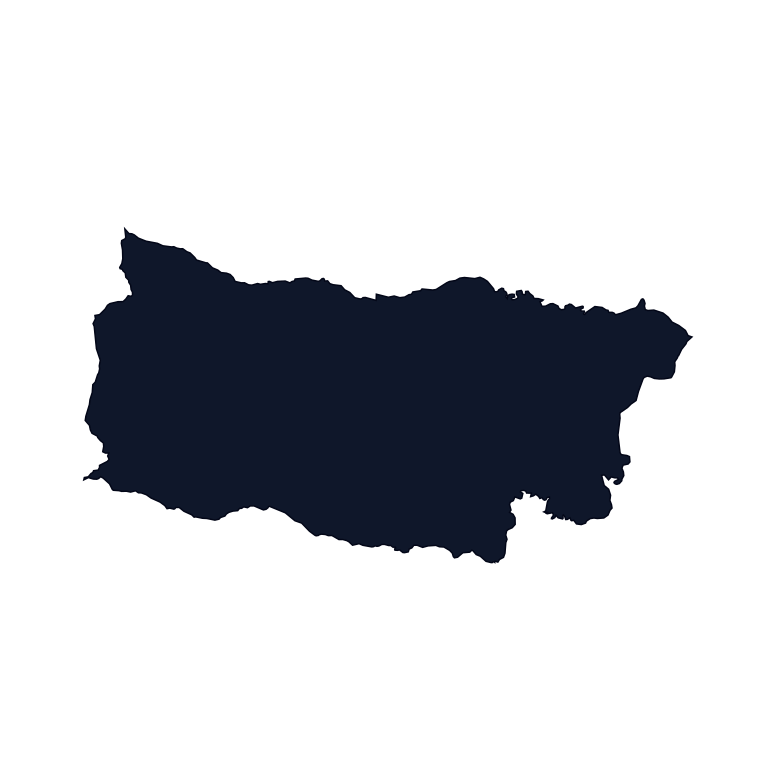 Bagaces, Guanacaste, Costa Rica, rotated 261°
{"feature_id": "36466004B76041075166072", "entity_name": "Bagaces", "entity_type": "district", "adm_level": 2, "iso_a3": "CRI", "parent_name": "Costa Rica", "parent_adm1": "Guanacaste", "projection": "robinson", "projection_center": [-85.261, 10.512], "detail": "fine", "context": "isolated", "style": "filled", "palette": "ink", "viewbox_px": 768, "rotation_deg": 261, "n_neighbors": 0, "source": "geoboundaries", "source_scale": "gbopen_adm2", "svg_char_len": 6134}
<svg xmlns="http://www.w3.org/2000/svg" viewBox="0 0 768 768"><g transform="rotate(261 384 384)"><path d="M336.3,72.5L337.8,77.4L335.6,82.0L334.9,85.5L335.3,87.3L336.8,89.7L334.9,92.0L328.3,97.3L322.3,99.2L321.4,100.0L320.1,105.6L319.0,108.1L318.4,112.8L316.9,116.8L317.4,121.9L315.0,124.4L314.4,127.3L311.8,132.0L307.8,136.1L302.5,144.2L298.2,148.5L294.8,150.2L294.9,153.0L293.3,156.8L293.4,157.7L294.6,159.1L294.1,162.4L289.6,166.5L284.9,173.6L282.2,175.6L282.2,177.3L279.8,183.7L278.9,188.0L276.0,195.7L276.3,199.9L277.7,201.6L278.5,206.2L280.3,208.0L281.5,210.7L282.1,214.9L281.8,219.7L283.7,221.8L283.5,224.0L284.6,226.2L283.2,229.8L284.5,232.8L283.9,236.6L278.5,245.2L278.7,247.9L279.8,249.9L281.0,250.8L281.0,251.9L272.2,266.4L262.9,274.6L259.5,280.9L250.2,287.4L245.4,292.1L244.7,293.2L244.7,295.5L245.3,296.6L245.5,298.7L244.5,302.6L243.0,305.2L242.5,308.9L237.4,315.2L236.9,318.9L235.1,322.8L233.6,324.7L229.7,327.7L230.2,334.4L228.0,337.9L225.0,346.5L225.0,348.4L225.6,349.7L224.8,351.7L224.8,353.6L225.9,356.7L225.5,359.5L223.8,363.2L223.4,365.5L221.5,367.2L221.0,369.7L220.2,369.8L219.4,368.7L218.2,368.8L217.6,371.3L217.7,373.4L214.6,376.3L214.2,377.9L214.4,381.7L217.0,383.0L217.8,385.9L220.1,388.3L219.5,391.6L216.6,396.6L217.2,402.2L216.5,410.0L214.6,413.2L213.6,417.7L209.4,422.8L206.2,425.0L202.6,425.5L201.3,426.4L201.4,429.6L205.0,435.5L204.5,442.4L206.1,444.7L205.5,445.7L201.1,448.4L198.8,452.2L192.9,457.0L190.8,462.0L190.7,463.4L191.3,463.8L191.3,464.8L190.6,465.4L191.4,465.5L191.5,466.1L190.3,468.6L192.6,470.6L194.1,474.9L197.9,477.0L208.3,479.5L211.4,481.2L215.7,480.6L219.7,482.1L220.8,483.8L222.0,488.2L224.8,491.6L231.3,492.5L235.1,491.1L237.6,487.9L239.6,489.7L245.4,489.1L247.5,490.2L248.6,493.5L252.0,495.6L249.2,500.6L249.7,502.2L254.2,504.0L256.1,501.8L257.2,502.5L257.1,505.4L256.0,507.3L254.0,507.8L253.1,512.5L249.8,511.2L250.2,514.1L251.4,516.7L248.8,519.1L246.6,520.0L247.0,522.3L244.9,523.3L244.1,524.6L244.4,525.9L246.4,527.4L246.5,529.7L244.8,529.6L243.4,527.9L241.8,526.9L233.3,523.9L232.7,521.9L231.9,523.2L231.5,526.5L230.7,524.3L230.3,524.9L230.5,530.3L228.0,530.9L225.6,528.6L224.8,528.3L224.4,529.2L225.3,531.8L227.4,533.3L224.6,535.1L222.8,539.3L223.5,539.9L226.3,540.1L226.6,540.7L225.2,541.7L221.7,542.3L221.6,544.1L222.8,546.7L220.0,547.4L219.6,548.0L219.7,550.1L215.7,552.2L214.3,556.9L215.1,561.3L216.9,562.5L218.8,566.6L218.8,570.4L217.8,573.6L217.3,580.2L219.5,584.7L223.9,587.5L225.8,589.8L229.2,589.8L233.8,588.9L238.7,590.4L244.9,589.4L249.3,585.6L259.8,584.6L259.7,587.5L254.2,590.8L256.7,593.9L255.3,597.0L254.8,599.8L253.1,600.8L251.7,596.4L250.5,595.7L249.1,596.8L248.5,598.3L248.9,600.9L251.2,603.7L252.8,604.1L256.0,606.5L259.7,606.7L263.6,605.8L266.5,607.5L266.8,612.6L268.6,614.7L273.9,615.1L275.4,612.7L277.1,607.3L279.2,606.4L297.1,607.1L313.3,611.8L317.4,612.1L318.8,612.8L322.8,621.0L325.6,624.9L328.3,630.4L336.7,634.1L348.4,640.6L349.8,641.9L350.6,645.2L349.4,648.4L347.2,651.9L345.9,656.8L345.3,661.3L345.3,668.4L345.9,669.2L350.6,672.7L356.7,674.3L360.4,674.6L364.0,677.9L365.7,678.7L365.8,679.3L371.7,683.4L376.4,688.5L378.6,689.8L382.3,695.5L384.2,691.9L389.7,690.1L395.7,684.3L400.1,678.2L405.6,675.1L410.4,670.7L414.8,662.1L415.3,656.1L416.6,653.7L420.2,653.4L422.7,654.4L426.2,653.9L427.6,653.0L427.3,651.5L421.5,647.0L419.8,644.7L419.2,639.4L416.8,629.4L416.3,624.7L416.3,623.3L417.9,622.4L419.0,620.8L419.6,617.2L421.7,616.8L422.4,614.9L425.5,611.4L427.5,604.4L423.0,594.9L421.3,593.3L421.3,592.8L421.7,592.1L422.4,592.1L423.8,593.3L424.7,593.2L425.1,590.6L426.0,589.7L427.2,590.3L428.0,592.6L429.4,592.8L429.8,592.1L429.1,585.1L433.2,581.5L433.9,579.6L433.1,578.0L432.9,575.6L432.0,574.8L430.0,574.5L429.6,573.9L429.6,570.8L431.2,568.7L433.8,568.0L437.0,563.4L437.2,560.8L435.6,555.8L436.0,552.2L440.9,550.9L441.4,553.4L442.1,554.4L444.2,549.7L445.0,545.6L447.7,544.8L450.6,542.1L453.1,540.8L453.2,538.4L450.2,537.6L450.1,536.9L451.1,534.8L453.7,534.8L454.9,534.2L454.8,529.5L452.1,528.8L449.0,530.2L447.8,529.3L447.0,526.6L447.0,524.4L447.6,523.1L449.1,523.6L449.5,526.6L452.1,526.6L452.7,524.6L452.7,522.1L452.1,520.2L449.1,519.1L451.2,517.9L453.3,519.4L454.4,519.4L455.9,518.8L457.3,517.1L459.5,516.9L460.2,515.3L459.0,512.0L457.7,511.0L457.4,509.5L458.0,507.6L461.0,507.1L469.2,502.2L472.2,498.9L474.4,495.5L473.9,490.2L476.6,480.1L476.7,475.5L475.0,470.8L475.0,464.7L474.2,461.9L469.2,450.3L469.2,446.9L471.9,436.4L470.4,434.7L470.4,426.9L468.3,425.2L468.3,422.6L466.6,418.0L466.8,413.1L469.3,407.8L469.0,401.9L473.9,390.5L467.8,389.3L472.4,379.1L472.6,376.8L471.7,375.4L471.7,373.8L473.8,368.6L479.8,364.5L483.2,359.9L487.8,357.0L490.0,349.3L491.6,346.2L494.7,344.5L494.9,341.6L496.9,341.4L497.7,340.7L497.7,339.3L495.8,336.6L495.7,335.1L497.9,329.1L500.3,325.6L500.9,323.3L501.6,312.7L499.8,311.6L499.6,309.1L498.6,306.9L501.1,302.6L502.0,294.9L501.5,289.7L503.3,286.8L503.3,285.7L501.1,285.1L501.8,282.6L501.8,277.5L503.0,274.9L502.3,269.0L503.1,265.8L505.8,262.1L506.2,259.0L508.6,253.0L512.7,251.7L516.2,249.2L518.1,245.8L519.5,240.5L522.5,237.7L525.6,232.7L531.2,228.6L531.6,226.9L535.8,218.2L538.5,216.9L543.8,213.0L545.5,210.0L549.1,206.4L549.4,203.9L550.7,200.5L552.5,197.9L552.6,195.7L555.1,187.2L558.4,182.2L562.3,171.3L566.5,164.2L570.3,160.7L571.8,158.5L572.5,155.6L577.7,152.3L569.3,151.9L567.9,151.0L566.7,147.4L564.1,146.6L557.2,146.7L548.6,145.6L543.9,143.9L540.5,141.2L539.2,141.4L538.2,143.5L536.8,143.8L534.2,145.8L529.8,145.7L526.6,148.0L524.2,147.9L521.3,149.2L516.8,149.0L514.2,149.9L511.4,149.6L510.1,148.2L511.2,145.1L508.3,142.3L506.2,139.2L506.9,134.1L506.3,125.9L505.0,123.2L501.6,120.3L497.0,113.9L496.9,109.2L493.5,109.2L489.1,106.1L486.2,106.8L463.8,105.5L451.8,107.5L446.4,105.6L443.4,105.5L439.6,104.0L438.0,102.6L431.0,99.1L428.9,96.3L421.2,94.5L414.6,91.2L409.7,89.8L398.8,84.5L394.7,83.2L389.2,86.6L384.6,86.8L381.0,87.9L377.4,92.7L375.9,92.9L372.5,95.0L369.7,97.6L366.2,97.4L361.1,95.6L359.4,98.0L358.8,101.4L356.1,99.8L352.6,100.7L350.8,98.6L348.1,90.3L346.1,90.0L343.7,88.2L343.8,83.6L342.1,82.5L341.4,80.6L338.6,77.4L338.5,73.4L336.3,72.5Z" fill="#0f172a" stroke="#020617" stroke-width="1.5"/></g></svg>